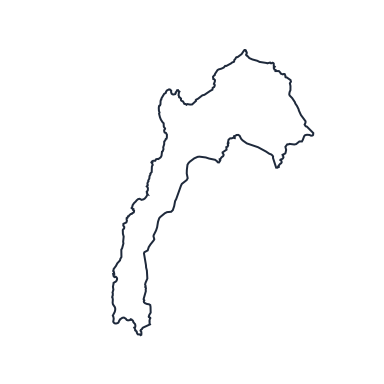 Majene, Sulawesi Barat, Indonesia, rotated 31°
{"feature_id": "22746128B56869239776422", "entity_name": "Majene", "entity_type": "district", "adm_level": 2, "iso_a3": "IDN", "parent_name": "Indonesia", "parent_adm1": "Sulawesi Barat", "projection": "mercator", "projection_center": [118.905, -3.243], "detail": "fine", "context": "isolated", "style": "outline", "palette": "slate", "viewbox_px": 384, "rotation_deg": 31, "n_neighbors": 0, "source": "geoboundaries", "source_scale": "gbopen_adm2", "svg_char_len": 6057}
<svg xmlns="http://www.w3.org/2000/svg" viewBox="0 0 384 384"><g transform="rotate(31 192 192)"><path d="M234.1,62.1L229.5,59.9L226.0,59.0L225.0,58.1L224.2,56.1L223.9,54.0L221.8,50.4L219.9,48.4L220.0,46.5L218.8,45.3L214.2,45.0L213.5,45.4L212.8,45.3L212.1,44.2L210.7,43.2L209.8,43.6L209.3,44.4L207.1,44.8L206.3,44.2L204.2,43.6L201.3,45.3L200.9,44.4L199.6,44.6L198.2,43.6L197.8,42.7L198.3,42.7L198.4,42.0L197.2,41.9L195.9,39.8L195.3,39.6L194.5,39.7L193.5,41.0L192.5,41.1L192.2,40.9L190.3,42.9L190.0,42.8L182.9,45.7L180.4,45.9L175.4,47.3L172.1,47.7L170.1,47.0L169.5,47.1L169.0,46.7L168.2,46.8L167.7,46.6L167.4,44.6L166.7,43.9L165.9,43.8L165.4,43.0L165.0,43.2L164.4,42.9L163.9,43.2L163.7,43.8L163.5,48.3L161.6,52.9L160.8,53.4L160.5,54.0L160.6,55.8L160.3,57.1L160.9,58.5L160.8,59.0L159.8,60.1L159.2,61.7L156.5,66.3L155.5,66.8L155.1,69.0L153.7,71.1L151.7,73.2L151.1,74.3L150.9,78.9L151.3,80.1L150.8,81.0L150.7,82.5L152.1,84.2L152.8,83.9L154.1,84.3L154.7,85.6L155.1,88.1L156.1,88.3L156.7,89.1L156.9,90.6L156.1,92.0L156.8,93.8L155.6,95.8L152.6,102.3L151.1,103.8L149.1,109.0L148.0,110.7L147.9,111.3L148.5,111.9L147.0,116.9L145.4,118.0L142.8,119.0L142.3,120.1L141.2,119.8L140.7,120.2L140.0,120.4L137.7,119.0L136.1,119.2L135.5,119.1L135.0,118.7L134.5,117.6L133.5,117.3L132.5,117.5L132.0,117.3L131.8,116.7L130.7,116.1L129.6,113.6L129.5,112.4L128.0,112.3L127.5,111.9L126.8,112.5L127.0,113.9L126.7,115.0L127.1,115.4L127.2,116.7L126.0,117.9L125.0,118.3L123.9,118.2L122.6,117.1L122.0,115.9L120.9,115.8L120.7,115.5L119.5,115.8L118.2,117.9L118.1,119.3L118.5,120.6L117.6,122.2L117.6,127.5L118.1,128.6L117.9,129.1L118.2,130.2L119.8,133.1L120.0,134.3L119.5,134.9L119.5,135.4L120.2,137.0L121.8,139.4L123.3,140.7L123.4,141.8L126.0,144.4L128.1,146.0L130.7,147.3L132.3,147.7L134.0,150.3L134.6,150.8L136.2,151.4L136.4,151.7L136.3,153.4L137.2,154.6L138.0,155.1L139.2,154.8L141.0,155.8L142.4,158.3L142.7,159.5L142.2,160.1L142.5,161.6L142.2,163.0L143.6,165.5L144.3,168.5L145.5,170.0L145.9,172.3L145.5,172.9L147.2,176.6L147.3,178.4L146.2,181.1L145.3,181.5L144.5,182.3L144.3,182.6L144.4,184.1L142.7,185.2L142.1,186.0L141.9,187.0L142.0,187.5L142.9,187.3L143.1,188.1L144.4,189.0L144.4,190.4L144.7,191.2L147.2,195.7L146.8,197.7L147.4,198.4L147.4,200.2L148.5,202.5L148.6,204.7L149.2,205.3L149.1,206.6L149.6,208.1L150.1,208.3L150.6,209.0L150.3,210.5L151.7,210.9L152.4,211.7L153.2,213.2L153.1,215.1L153.6,215.2L153.8,216.1L155.3,216.9L154.9,217.0L155.3,219.2L154.9,221.9L154.2,223.3L152.8,224.7L150.6,224.8L149.5,225.8L148.8,227.8L148.7,229.0L148.0,231.5L147.9,233.9L148.5,235.7L148.4,236.7L148.6,237.0L150.7,236.8L150.9,237.2L150.6,237.6L150.8,237.8L152.0,237.9L152.5,238.9L152.5,239.8L151.7,240.9L151.7,241.7L150.8,242.5L150.3,244.2L150.2,245.4L149.7,245.7L150.0,247.5L149.9,247.7L149.5,247.7L149.4,248.0L150.3,249.5L151.0,250.1L151.4,251.9L149.6,254.6L150.4,256.2L152.0,256.9L152.6,258.3L152.2,259.6L152.3,260.3L154.3,263.4L156.4,265.4L158.6,270.1L159.7,271.4L161.1,276.3L161.1,277.8L165.0,284.1L165.0,286.1L165.5,287.7L164.7,291.6L164.9,294.6L164.5,298.4L165.1,299.6L165.1,300.3L166.5,300.9L166.9,301.9L167.7,302.3L167.7,303.4L167.1,303.4L168.1,304.5L169.4,304.9L169.8,304.5L169.8,304.1L170.3,303.9L171.6,304.2L172.3,304.7L172.8,305.6L173.0,307.1L172.7,308.4L172.0,309.3L171.6,310.5L171.9,310.8L173.0,313.9L174.9,316.2L175.7,319.2L176.2,319.5L177.3,321.3L177.5,322.1L177.4,322.4L177.9,323.4L178.2,323.4L179.5,324.9L181.0,327.8L182.1,329.0L185.1,330.4L186.1,331.3L186.9,332.6L187.5,334.4L187.8,338.8L188.8,339.4L190.2,341.0L191.3,343.8L192.8,344.4L193.8,344.3L194.8,343.7L195.9,342.5L196.2,341.6L195.9,340.1L196.1,339.2L195.8,338.5L197.1,335.7L198.3,334.7L200.5,334.7L201.9,335.3L203.3,335.0L204.8,333.7L204.9,332.7L205.5,332.5L205.7,332.9L206.5,332.6L207.4,332.7L208.2,333.1L208.8,333.8L211.3,334.6L212.3,335.7L212.8,336.7L212.9,337.5L212.4,338.0L214.4,339.3L214.5,339.8L215.1,340.0L216.0,339.9L216.8,340.4L217.1,341.0L218.5,341.8L219.0,341.9L220.5,341.0L221.7,341.2L222.1,340.5L221.5,339.3L220.6,338.0L219.3,337.4L219.2,336.5L219.7,335.4L219.6,334.5L219.9,333.4L224.2,327.1L223.1,326.3L222.6,325.1L222.0,324.6L221.1,322.0L221.2,321.5L220.9,321.3L219.4,321.4L219.1,321.1L218.7,319.3L218.7,316.7L215.6,311.8L214.4,310.4L213.0,310.4L211.0,311.2L209.0,311.5L207.6,311.2L206.9,310.4L206.9,309.4L205.7,308.8L203.5,300.8L202.5,299.4L202.1,298.2L201.5,297.7L200.8,297.5L200.8,296.6L199.4,295.4L198.9,293.6L198.3,289.2L193.8,282.6L191.5,280.3L190.2,278.4L182.4,269.3L182.2,268.1L184.1,264.9L183.3,261.5L183.4,258.3L184.1,253.1L184.0,251.9L181.8,249.8L181.4,248.8L181.0,243.5L180.3,240.3L178.2,235.0L177.4,231.4L177.7,229.7L179.7,224.1L181.0,222.1L184.3,219.7L184.9,217.4L184.0,213.3L182.2,208.5L182.1,206.2L179.3,192.3L179.1,190.3L181.3,184.5L181.2,182.4L178.0,178.9L176.2,175.7L174.1,171.0L174.1,169.0L174.5,167.2L176.6,162.0L178.7,159.0L180.1,157.9L186.0,155.3L189.5,154.5L195.2,152.5L197.8,152.8L198.7,153.3L199.9,152.8L200.0,151.1L199.6,150.7L199.8,150.0L198.9,149.6L199.3,149.0L199.5,146.9L200.2,145.4L200.2,144.5L199.8,143.6L198.1,142.8L197.8,142.3L199.8,137.9L198.3,135.9L199.1,134.9L199.0,133.5L198.4,133.2L198.3,132.4L197.6,131.9L198.0,131.1L197.2,130.7L196.4,128.3L197.1,126.3L198.4,125.6L199.5,124.0L200.4,124.0L200.9,123.8L200.7,123.4L199.7,123.1L199.3,122.5L200.3,121.4L200.8,120.2L202.3,119.2L203.9,119.3L206.7,121.1L208.8,121.7L214.0,122.1L225.5,119.6L234.6,119.2L238.5,119.4L240.6,119.0L242.2,119.3L243.2,119.8L243.9,121.1L251.6,127.8L252.8,127.1L252.8,126.4L253.5,125.9L253.3,125.5L252.7,125.5L252.7,124.8L253.1,122.3L253.6,121.5L253.6,120.5L253.2,119.9L252.0,118.9L251.2,119.0L251.2,118.6L252.1,117.6L252.6,116.5L252.6,115.3L251.6,114.1L251.2,114.1L251.2,113.8L250.5,113.4L252.1,110.9L251.9,109.9L251.0,107.4L248.8,105.2L249.1,102.1L250.4,101.3L250.7,100.6L255.2,98.6L256.6,97.3L258.0,93.4L260.2,92.1L260.1,90.1L259.4,86.4L259.7,85.0L261.1,83.7L263.3,82.6L265.1,82.4L266.2,81.5L266.4,80.7L265.6,79.0L256.9,76.8L255.6,77.1L253.8,76.2L253.6,74.2L252.9,72.9L245.7,69.9L241.5,67.0L240.8,66.2L237.7,64.2L234.9,62.9L234.1,62.1Z" fill="none" stroke="#1e293b" stroke-width="2"/></g></svg>